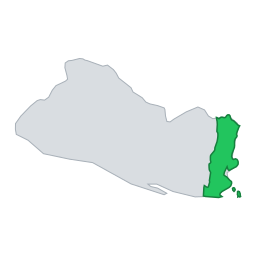 La Unión highlighted on a map of El Salvador
{"feature_id": "SLV-1350", "entity_name": "La Unión", "entity_type": "Department", "adm_level": 1, "iso_a3": "SLV", "parent_name": "El Salvador", "parent_adm1": "", "projection": "natural_earth1", "projection_center": [-87.879, 13.537], "detail": "fine", "context": "in_parent", "style": "filled", "palette": "green", "viewbox_px": 256, "rotation_deg": 0, "n_neighbors": 0, "source": "natural_earth", "source_scale": "10m", "svg_char_len": 2749}
<svg xmlns="http://www.w3.org/2000/svg" viewBox="0 0 256 256"><path d="M84.9,60.1L87.2,60.6L102.8,66.2L107.5,65.1L113.4,69.6L116.2,73.2L118.7,78.0L131.0,87.7L133.0,92.0L142.2,97.7L145.9,102.1L149.9,103.9L157.6,105.6L164.1,107.9L164.9,109.5L165.5,116.0L166.9,121.5L170.1,121.9L173.8,119.2L186.2,111.9L197.9,107.0L204.5,109.9L208.4,116.0L212.8,118.7L222.1,117.1L230.4,117.6L237.1,123.0L238.6,126.1L234.5,143.8L233.1,151.4L232.3,157.9L234.7,159.6L237.0,162.1L236.5,165.5L229.3,171.2L227.1,172.7L228.7,183.7L223.4,190.3L218.4,195.1L209.8,196.4L195.1,196.9L173.0,191.5L156.7,184.1L147.9,184.1L150.7,186.5L157.6,188.1L166.8,193.3L164.1,194.7L131.0,183.9L92.6,162.6L69.7,159.2L43.5,153.7L28.0,140.2L16.3,134.4L15.4,129.3L15.5,123.6L20.8,116.1L30.7,105.9L37.2,100.6L40.3,99.6L44.6,100.1L48.7,97.2L52.3,90.2L56.0,85.6L65.5,81.1L67.6,79.2L66.9,75.3L64.9,67.7L65.2,63.0L68.3,60.8L72.0,60.4L79.6,58.5L83.0,58.9L84.9,60.1Z" fill="#d9dde1" stroke="#a8b0b8" stroke-width="1"/><path d="M229.0,114.8L229.9,115.6L230.8,118.5L231.5,119.7L232.0,120.1L233.3,120.7L233.9,121.0L235.4,122.5L238.0,125.1L239.7,125.8L238.8,127.4L236.9,132.4L236.5,134.1L237.1,135.9L236.6,137.1L235.7,138.1L234.9,139.5L234.5,141.4L234.6,145.5L234.4,147.4L232.1,153.6L231.6,156.6L232.6,159.1L233.5,159.5L235.5,158.8L236.9,159.4L237.6,160.3L238.1,161.6L238.2,163.1L238.0,164.5L236.4,166.6L229.1,170.4L228.3,169.9L227.8,169.0L227.1,166.7L224.5,171.9L223.8,174.9L225.5,176.3L226.6,176.8L229.7,180.2L231.4,181.5L231.6,182.2L231.6,183.5L230.8,185.8L229.0,187.5L222.0,191.5L220.2,193.2L219.8,194.9L222.0,196.6L218.7,197.5L205.8,196.5L203.4,196.0L203.9,187.4L204.1,186.6L204.3,185.5L204.5,185.6L205.3,186.2L206.1,186.8L207.1,187.2L207.4,187.2L207.7,187.3L208.1,187.1L208.3,186.8L209.6,182.3L209.6,181.6L209.5,181.0L209.4,180.5L210.6,172.7L210.6,172.4L210.5,172.1L210.4,171.9L209.5,170.3L209.4,170.0L209.3,169.8L209.1,167.8L209.0,165.0L209.1,164.3L209.2,163.9L209.4,163.7L209.8,163.5L210.1,163.3L210.3,163.0L210.7,162.5L210.8,162.1L210.8,161.8L210.4,160.2L210.4,156.9L210.6,155.5L211.2,154.6L214.1,151.1L214.8,149.9L214.9,147.8L217.1,141.5L217.6,138.6L217.9,136.1L217.9,134.0L217.8,133.3L217.8,133.0L217.7,132.8L217.5,132.5L217.1,131.9L217.0,131.7L216.9,131.4L216.9,131.0L217.3,124.4L217.1,121.3L216.7,119.5L216.4,117.4L216.9,117.5L218.3,118.5L219.0,118.7L219.4,118.5L220.6,117.4L221.3,117.2L222.2,117.2L224.1,117.7L225.0,117.6L225.9,116.9L226.6,115.7L227.6,114.9L229.0,114.8ZM237.5,193.2L237.5,191.8L238.1,191.2L239.4,191.7L240.2,193.7L240.3,195.4L240.6,196.5L239.8,197.0L238.6,196.5L237.8,196.9L237.9,195.7L237.4,194.6L237.5,193.2ZM233.9,187.7L234.6,188.2L235.2,189.8L234.7,190.7L234.0,191.4L232.8,190.2L232.5,188.4L233.1,187.8L233.9,187.7Z" fill="#22c55e" stroke="#15803d" stroke-width="1.5"/></svg>